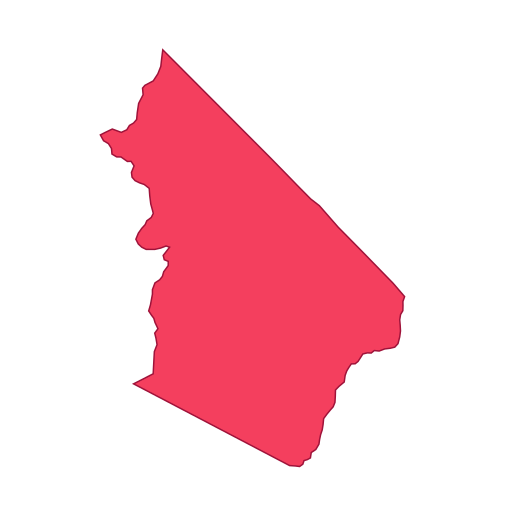 Água Branca, Alagoas, Brazil, rotated 355°
{"feature_id": "56859067B70474905670941", "entity_name": "Água Branca", "entity_type": "district", "adm_level": 2, "iso_a3": "BRA", "parent_name": "Brazil", "parent_adm1": "Alagoas", "projection": "natural_earth1", "projection_center": [-37.913, -9.252], "detail": "fine", "context": "isolated", "style": "filled", "palette": "rose", "viewbox_px": 512, "rotation_deg": 355, "n_neighbors": 0, "source": "geoboundaries", "source_scale": "gbopen_adm2", "svg_char_len": 1794}
<svg xmlns="http://www.w3.org/2000/svg" viewBox="0 0 512 512"><g transform="rotate(355 256 256)"><path d="M111.5,121.8L114.2,127.9L118.8,131.2L121.4,136.3L121.4,141.9L125.8,145.1L130.2,145.6L133.0,148.0L136.1,150.6L139.8,150.8L142.4,155.6L139.2,161.9L139.4,166.7L142.1,170.4L146.4,173.0L150.9,175.0L155.5,179.3L155.4,186.5L155.7,195.0L156.7,200.5L157.4,204.6L155.0,208.5L150.3,211.4L148.3,215.1L144.6,218.5L140.8,223.0L137.8,228.8L139.8,233.8L143.0,237.3L147.1,239.8L151.2,240.2L155.7,240.6L161.6,239.8L167.3,238.2L170.7,239.7L166.8,243.9L163.6,247.3L164.3,251.7L168.1,253.7L167.7,257.9L165.2,260.8L162.7,263.6L161.0,268.1L158.0,271.3L153.0,274.0L149.9,280.5L149.5,285.0L148.4,289.0L146.6,295.5L144.3,301.4L146.7,305.8L148.8,309.2L149.6,313.4L152.0,319.9L148.4,324.0L149.2,329.3L149.7,335.7L146.4,342.4L143.3,364.4L122.9,372.7L202.4,423.6L271.2,467.7L277.0,468.6L281.1,469.5L284.5,467.5L286.0,464.0L289.4,463.3L292.6,461.9L293.9,456.6L298.7,454.0L302.3,448.9L303.4,444.2L304.8,439.6L306.8,435.0L308.1,429.8L309.2,423.9L312.6,420.0L316.3,416.2L319.7,413.0L321.9,408.7L322.8,402.5L323.5,396.4L327.3,393.1L332.9,389.2L334.4,382.7L336.4,378.4L338.7,375.2L341.5,371.8L345.4,372.0L348.5,369.9L351.6,365.9L353.9,362.9L358.5,362.2L362.3,362.7L365.6,360.5L370.4,361.4L376.1,359.8L381.6,359.6L386.3,358.9L389.8,355.7L392.1,349.2L393.4,343.3L393.6,337.6L393.6,332.1L394.9,326.9L397.5,323.3L398.1,318.2L398.4,314.1L400.5,309.4L390.2,295.1L361.0,259.4L340.4,234.5L323.5,211.4L315.5,204.0L312.4,200.3L302.8,188.7L298.6,183.5L279.5,160.2L181.1,42.5L179.3,50.8L177.7,58.8L174.1,66.0L168.9,72.6L160.2,76.3L157.6,78.9L157.6,85.5L152.4,93.7L150.2,102.9L149.0,109.6L145.6,112.9L141.3,114.9L138.3,119.0L132.6,121.1L123.9,117.0L116.2,119.9L111.5,121.8Z" fill="#f43f5e" stroke="#9f1239" stroke-width="1.5"/></g></svg>